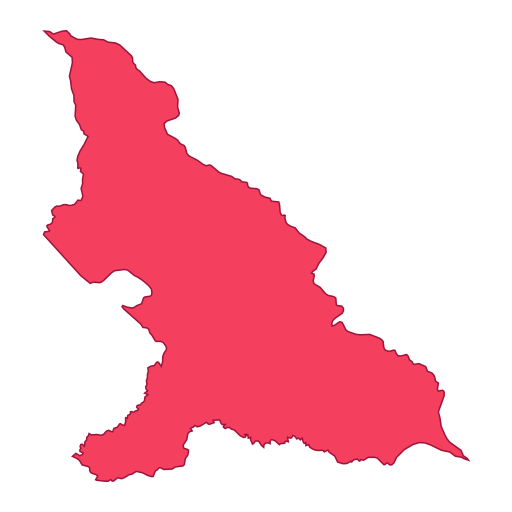 an SVG outline of Haut-Mbomou
{"feature_id": "CAF-867", "entity_name": "Haut-Mbomou", "entity_type": "Prefecture", "adm_level": 1, "iso_a3": "CAF", "parent_name": "Central African Republic", "parent_adm1": "", "projection": "albers", "projection_center": [25.352, 6.594], "detail": "fine", "context": "isolated", "style": "filled", "palette": "rose", "viewbox_px": 512, "rotation_deg": 0, "n_neighbors": 0, "source": "natural_earth", "source_scale": "10m", "svg_char_len": 5976}
<svg xmlns="http://www.w3.org/2000/svg" viewBox="0 0 512 512"><path d="M44.2,31.1L49.5,31.5L53.4,34.1L61.9,31.2L66.5,30.7L69.7,33.8L70.9,35.9L77.4,39.4L81.6,39.5L91.0,38.0L98.4,39.4L103.7,39.8L107.9,42.1L115.6,43.0L119.8,45.0L131.2,55.6L132.5,57.7L132.8,62.5L135.6,65.3L135.8,67.7L137.5,69.6L139.6,71.0L146.0,78.2L150.0,81.2L154.0,82.7L160.0,81.7L165.2,82.2L167.6,84.4L171.0,85.5L172.7,87.2L174.0,89.3L178.0,99.4L177.6,107.2L179.3,113.0L178.7,115.4L175.7,118.0L166.9,121.0L164.1,123.7L164.6,127.6L167.5,134.3L175.4,138.5L178.0,140.6L180.1,143.6L184.2,145.6L185.3,147.5L186.8,153.3L188.3,155.3L190.0,156.5L197.5,160.3L202.7,164.2L206.2,165.8L208.7,165.0L210.9,165.3L218.9,172.1L221.0,173.2L231.7,176.4L234.9,178.9L238.6,179.2L239.9,179.8L242.0,181.9L246.8,182.4L247.5,183.5L247.6,185.3L248.8,187.5L250.8,188.2L256.8,188.7L259.0,189.8L260.5,194.6L264.7,197.0L270.1,198.3L271.3,201.1L278.8,202.0L279.6,205.0L280.1,212.0L281.4,215.0L282.1,215.4L284.6,215.1L285.2,215.6L284.9,218.0L285.7,221.2L286.2,222.7L287.5,224.3L290.5,226.2L295.1,227.8L299.2,233.0L304.7,236.8L306.9,239.1L311.5,241.5L319.4,244.4L325.8,248.0L326.1,252.5L322.9,258.0L318.7,263.6L316.1,269.1L312.4,271.7L311.5,273.3L314.0,274.1L314.2,276.1L313.2,281.0L314.1,283.8L320.2,287.4L325.6,293.8L328.1,295.4L333.7,296.6L335.8,298.1L336.3,304.8L337.5,305.6L341.7,306.1L343.4,308.2L343.5,310.7L342.3,313.2L335.0,318.3L332.8,320.6L331.8,323.2L332.2,326.1L334.3,325.4L339.7,321.7L342.1,322.4L346.0,330.0L348.1,331.6L355.9,334.3L360.2,334.8L369.7,334.4L379.2,338.1L381.6,339.6L383.1,341.4L383.8,347.4L384.9,349.8L388.0,351.2L391.1,351.0L393.4,350.1L395.0,350.4L396.3,353.5L398.0,355.8L400.8,356.0L406.6,354.5L408.0,356.0L409.6,359.9L412.1,361.7L413.1,363.8L414.0,364.4L418.9,363.6L425.7,366.6L427.4,371.2L432.0,373.1L433.6,374.8L434.7,376.9L435.5,381.0L438.4,383.1L437.4,389.0L438.3,391.2L442.3,390.2L443.6,391.1L444.2,392.2L444.1,395.9L438.8,410.6L438.5,412.6L439.9,417.7L441.2,426.4L444.8,434.8L447.0,438.8L449.7,442.2L461.1,450.4L463.3,455.7L467.2,458.4L468.5,460.2L463.7,458.6L461.8,457.3L455.3,456.2L449.8,452.0L441.5,450.3L430.5,444.9L425.0,442.9L419.3,442.6L413.1,444.4L404.3,449.6L396.6,457.3L394.0,462.8L391.7,464.9L389.3,464.7L388.0,463.1L387.1,462.8L384.8,464.6L383.9,464.7L377.4,458.2L374.6,457.3L368.2,457.3L363.7,460.2L360.7,459.6L359.9,461.0L359.1,461.0L358.0,459.5L355.7,459.2L353.3,460.1L351.7,462.0L350.8,461.1L349.8,462.0L346.4,463.6L342.9,463.7L337.6,462.1L334.8,456.1L329.2,452.2L327.9,450.1L324.2,451.9L322.9,450.3L318.1,450.5L314.7,449.9L312.1,448.8L309.6,447.0L308.7,444.6L305.9,445.6L305.9,442.7L304.2,443.4L303.4,442.3L302.2,438.1L300.3,439.9L298.5,438.1L296.7,438.9L294.9,436.4L293.0,435.4L291.6,437.7L290.7,438.2L287.5,437.3L288.4,441.8L286.0,441.1L285.1,441.7L284.7,443.2L280.7,443.6L279.3,444.7L275.2,440.8L271.9,439.6L270.7,440.1L270.1,441.4L270.1,443.7L268.1,442.8L265.7,443.1L264.0,444.6L263.7,447.4L261.3,445.3L258.6,441.1L255.5,441.0L253.7,443.4L252.4,444.1L250.4,439.2L250.8,437.4L248.2,438.2L247.9,434.9L246.0,434.1L244.8,434.6L246.4,435.5L245.1,437.3L243.3,437.4L239.9,435.5L234.3,430.0L231.4,429.1L229.6,427.6L227.2,427.5L225.3,428.6L223.4,427.2L223.4,426.4L225.2,424.5L222.2,424.5L221.1,423.4L219.6,419.9L213.1,420.3L214.2,422.6L209.4,424.3L208.2,424.0L206.4,422.3L200.1,426.1L197.2,426.8L194.8,425.4L193.4,427.1L191.5,427.7L190.5,428.5L192.2,430.9L189.5,431.8L187.8,433.7L186.8,439.6L183.0,445.4L183.9,448.3L187.5,449.4L188.5,450.2L188.6,451.2L187.7,455.3L185.4,458.4L184.3,464.6L183.0,465.9L175.1,467.0L172.3,469.0L163.8,469.5L160.6,467.8L159.2,467.7L157.1,470.0L155.4,471.0L153.2,476.4L152.0,476.7L147.3,475.3L142.7,472.8L136.2,471.4L132.1,474.1L129.1,474.7L124.2,477.7L121.6,478.7L117.7,477.7L113.7,481.0L112.2,481.1L110.6,479.6L108.4,481.1L105.8,481.3L96.9,480.3L95.6,479.7L97.8,475.9L95.9,474.6L92.0,473.3L90.4,472.2L89.7,470.6L89.7,467.9L88.5,466.7L82.1,464.9L79.4,460.3L76.8,458.4L72.4,456.4L75.8,453.4L79.9,455.7L82.6,454.3L83.0,452.7L80.1,451.6L79.9,450.9L79.8,449.9L80.9,448.4L80.1,446.6L80.3,445.7L80.9,444.4L82.1,444.2L84.4,446.2L84.9,441.9L86.5,440.0L86.9,437.1L88.3,435.9L89.1,433.5L91.3,434.9L97.1,434.5L101.2,435.3L103.7,434.2L106.3,431.2L108.5,430.3L111.8,431.7L112.8,431.7L113.8,428.4L117.2,427.3L119.6,423.9L120.6,423.7L122.0,424.8L124.6,425.5L125.7,421.4L125.5,418.0L125.8,417.6L127.3,418.3L127.8,415.3L130.2,414.4L130.4,411.8L131.4,411.5L133.7,412.4L135.2,411.1L138.2,410.1L138.3,409.2L136.8,407.4L136.9,405.9L137.9,405.2L140.3,404.9L141.6,403.1L143.3,402.2L144.5,400.6L144.9,397.1L148.0,394.5L144.6,393.2L147.7,390.7L146.2,389.3L145.6,386.9L147.0,384.5L146.4,380.7L147.4,377.8L147.4,374.4L148.3,371.5L147.9,367.8L150.7,366.2L154.3,365.6L156.5,362.4L157.7,361.9L158.7,362.5L161.2,366.4L162.6,361.9L162.7,357.0L163.8,353.5L166.2,349.9L166.5,348.0L165.7,345.9L163.1,342.4L160.7,341.4L156.4,341.4L155.2,340.8L152.0,335.3L149.8,332.9L148.6,328.9L146.4,327.8L143.0,327.5L140.8,324.1L123.7,308.9L122.0,306.5L122.8,305.5L127.3,307.2L132.0,308.0L133.9,307.6L136.7,305.7L141.6,303.7L143.6,297.8L144.8,297.0L150.5,296.1L151.5,295.1L151.9,293.1L151.4,289.1L148.6,285.5L142.5,280.3L137.7,277.1L134.3,275.5L128.6,270.8L126.9,269.9L124.3,269.5L114.7,270.7L111.7,272.6L103.6,280.5L101.2,282.2L99.2,282.7L93.3,282.1L90.2,283.4L80.9,275.8L43.5,234.6L44.6,231.9L49.0,231.3L49.6,230.8L47.0,226.8L46.9,225.7L48.0,224.8L50.3,224.3L52.4,222.5L52.7,218.7L54.9,217.3L54.8,216.4L52.7,215.0L51.6,210.5L54.8,207.1L56.9,206.0L59.2,206.3L63.8,204.6L66.7,204.7L69.3,205.5L71.5,205.3L74.6,204.3L78.0,200.1L80.7,200.5L81.3,199.9L82.6,197.2L82.7,195.1L81.1,188.5L82.6,183.8L82.5,179.5L83.5,174.0L80.5,171.5L80.9,168.3L79.9,167.8L78.1,168.4L77.7,168.1L78.0,163.8L77.0,160.2L77.9,156.0L80.1,150.9L84.1,144.4L88.1,136.4L84.0,133.9L83.6,131.1L81.3,129.7L79.5,124.5L76.5,120.4L75.1,116.3L75.7,105.2L74.0,101.7L73.9,95.4L71.5,88.8L70.5,80.2L69.4,76.2L72.4,62.8L72.1,57.3L65.9,52.0L64.8,47.7L63.3,44.9L58.6,43.4L56.4,42.1L49.2,36.1L44.2,31.1Z" fill="#f43f5e" stroke="#9f1239" stroke-width="1.5"/></svg>